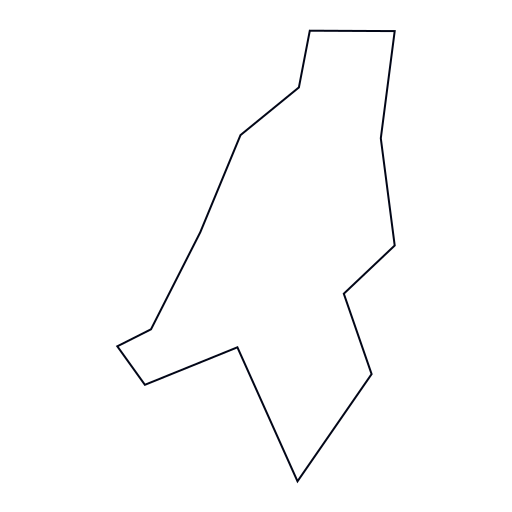 the state/province of Beau Vallon
{"feature_id": "SYC-5205", "entity_name": "Beau Vallon", "entity_type": "state/province", "adm_level": 1, "iso_a3": "SYC", "parent_name": "Seychelles", "parent_adm1": "", "projection": "natural_earth1", "projection_center": [55.429, -4.605], "detail": "fine", "context": "isolated", "style": "outline", "palette": "ink", "viewbox_px": 512, "rotation_deg": 0, "n_neighbors": 0, "source": "natural_earth", "source_scale": "10m", "svg_char_len": 304}
<svg xmlns="http://www.w3.org/2000/svg" viewBox="0 0 512 512"><path d="M117.3,346.3L151.0,329.3L200.3,232.2L240.5,135.1L298.9,87.4L309.8,30.7L394.7,31.1L380.8,138.3L394.7,245.5L343.8,293.7L371.6,374.1L297.5,481.3L237.4,347.3L144.9,384.8L117.3,346.3Z" fill="none" stroke="#020617" stroke-width="2"/></svg>